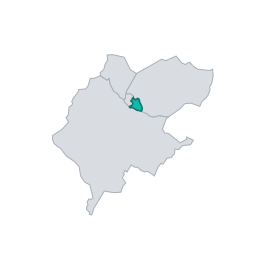 Burundi highlighted, Mercator projection, rotated 301°
{"feature_id": "BDI", "entity_name": "Burundi", "entity_type": "country or territory", "adm_level": 0, "iso_a3": "BDI", "parent_name": "Africa", "parent_adm1": "", "projection": "mercator", "projection_center": [29.996, -3.384], "detail": "fine", "context": "with_neighbors", "style": "filled", "palette": "teal", "viewbox_px": 256, "rotation_deg": 301, "n_neighbors": 4, "source": "natural_earth", "source_scale": "50m", "svg_char_len": 3103}
<svg xmlns="http://www.w3.org/2000/svg" viewBox="0 0 256 256"><g transform="rotate(301 128 128)"><path d="M179.1,107.2L204.5,121.6L205.0,125.5L214.5,132.2L211.5,140.4L211.9,144.3L216.1,146.7L214.5,152.5L214.4,157.8L219.5,168.7L222.0,170.2L216.7,174.1L209.4,176.8L205.4,176.7L203.0,178.7L196.6,179.8L188.6,177.8L183.5,178.4L181.7,169.1L178.0,164.1L171.5,162.8L158.0,156.8L154.4,148.3L150.5,144.6L149.2,140.7L149.9,137.2L148.6,131.0L151.4,130.7L158.1,123.4L156.2,117.0L158.1,116.2L158.5,112.2L155.9,108.5L158.2,107.7L179.1,107.2Z" fill="#d9dde1" stroke="#a8b0b8" stroke-width="1"/><path d="M148.2,122.9L149.9,137.2L149.2,140.7L150.5,144.6L154.4,148.3L158.0,156.8L155.4,156.1L144.6,158.1L142.7,162.4L144.2,165.4L142.2,180.3L148.7,184.1L150.5,182.9L151.1,190.3L145.9,190.2L140.7,183.5L135.6,182.6L134.1,179.0L130.0,181.1L124.7,180.2L122.4,177.1L115.1,176.6L114.7,174.5L109.3,173.9L100.6,175.4L101.0,167.3L98.8,164.8L98.3,160.7L99.3,156.6L97.9,154.0L97.8,149.7L89.7,149.8L90.3,147.4L86.9,147.4L86.5,148.6L82.4,148.8L79.7,154.4L76.0,153.5L69.4,155.0L65.3,149.3L61.7,140.2L42.0,140.1L34.9,141.7L34.0,139.6L35.7,138.9L37.0,134.3L39.4,132.9L41.2,133.6L43.5,131.0L47.1,131.1L47.6,133.0L50.0,134.1L59.6,124.5L59.3,119.0L62.2,112.5L69.7,105.9L70.5,103.7L71.7,99.0L72.2,89.3L75.5,81.5L76.5,72.8L79.1,69.4L82.7,67.2L92.4,72.0L102.3,74.0L105.2,69.4L108.3,70.1L115.7,66.7L118.3,68.1L120.5,67.9L121.5,66.3L124.0,65.7L133.3,66.6L135.5,65.9L139.6,71.4L142.6,72.2L151.2,70.1L152.7,73.0L158.6,77.4L158.2,85.3L160.9,86.2L156.2,90.3L152.2,96.9L151.9,102.3L150.3,104.8L150.2,109.9L148.3,111.7L146.5,119.9L148.2,122.9Z" fill="#d9dde1" stroke="#a8b0b8" stroke-width="1"/><path d="M179.1,107.2L158.2,107.7L151.9,110.5L150.2,109.9L150.3,104.8L151.9,102.3L152.2,96.9L156.2,90.3L160.9,86.2L158.2,85.3L158.6,77.4L161.4,75.6L165.6,77.1L171.0,75.5L175.7,75.6L179.8,72.5L183.0,77.1L186.7,88.2L179.1,100.2L179.1,107.2Z" fill="#d9dde1" stroke="#a8b0b8" stroke-width="1"/><path d="M155.9,108.5L158.5,112.2L158.1,116.2L156.2,117.0L152.6,116.6L150.6,120.4L146.5,119.9L148.3,111.7L150.2,109.9L151.9,110.5L155.9,108.5Z" fill="#d9dde1" stroke="#a8b0b8" stroke-width="1"/><path d="M156.8,116.9L156.6,117.1L156.0,118.4L155.9,118.6L156.0,118.7L156.2,118.9L156.1,119.3L155.9,119.8L156.0,120.1L156.5,120.4L157.1,120.5L157.8,120.8L158.3,120.8L158.4,121.0L158.4,121.4L158.5,121.7L158.5,122.3L158.3,122.8L157.6,123.0L157.2,123.3L157.2,123.5L157.3,123.7L156.6,124.2L155.9,124.9L155.7,125.3L155.6,125.8L155.4,126.2L154.9,126.6L154.3,127.6L154.0,128.2L152.7,129.7L151.5,130.4L151.2,130.7L149.1,130.7L148.9,129.6L148.6,128.3L147.9,127.0L147.8,126.5L147.8,125.5L147.8,124.1L147.8,123.4L147.8,122.8L147.9,121.9L147.9,121.3L147.4,120.6L146.8,119.9L146.5,119.6L146.5,119.3L146.5,119.1L146.6,118.7L146.8,118.3L147.1,118.2L147.7,118.4L148.4,118.8L148.7,119.6L149.0,119.7L149.5,119.7L150.7,119.6L151.0,119.6L151.6,119.4L152.2,119.1L152.3,118.7L152.5,117.9L152.6,116.5L152.9,116.5L153.7,117.0L153.8,117.0L154.0,117.0L154.3,116.8L154.6,116.6L154.9,116.6L155.8,116.4L156.3,116.8L156.6,116.9L156.8,116.9Z" fill="#14b8a6" stroke="#0f766e" stroke-width="1.5"/></g></svg>